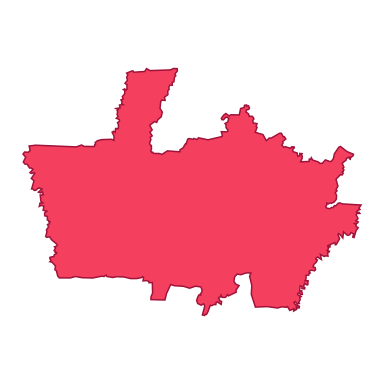 Kota Depok, Jawa Barat, Indonesia (orthographic projection)
{"feature_id": "22746128B73481124779947", "entity_name": "Kota Depok", "entity_type": "district", "adm_level": 2, "iso_a3": "IDN", "parent_name": "Indonesia", "parent_adm1": "Jawa Barat", "projection": "orthographic", "projection_center": [106.827, -6.388], "detail": "fine", "context": "isolated", "style": "filled", "palette": "rose", "viewbox_px": 384, "rotation_deg": 0, "n_neighbors": 0, "source": "geoboundaries", "source_scale": "gbopen_adm2", "svg_char_len": 6009}
<svg xmlns="http://www.w3.org/2000/svg" viewBox="0 0 384 384"><path d="M361.0,205.0L342.4,203.9L339.8,202.9L338.4,203.1L335.6,205.9L334.4,205.6L333.2,207.6L331.6,207.4L329.9,208.7L326.7,208.1L325.6,206.4L326.9,204.9L326.8,203.1L328.4,203.9L330.2,202.9L331.5,203.3L334.1,202.1L336.3,199.3L336.6,195.6L335.3,192.6L337.0,190.9L336.0,189.7L337.9,186.2L336.0,179.2L340.3,174.8L342.2,174.9L343.2,173.2L342.1,171.9L343.3,171.3L343.9,169.7L342.7,168.6L343.9,167.2L342.2,163.2L346.0,160.2L346.4,158.4L349.4,157.1L349.5,158.8L350.3,159.2L350.6,157.6L353.0,155.9L353.5,154.3L346.9,151.5L340.5,146.5L338.8,147.2L334.4,153.8L333.4,158.6L331.4,161.2L330.1,161.6L325.4,159.9L322.4,163.2L320.0,163.4L318.2,161.9L312.6,160.0L311.3,157.7L310.6,159.3L309.3,159.1L309.0,161.5L300.6,161.8L302.1,158.4L302.3,156.2L301.4,155.0L302.1,153.7L299.8,153.4L299.6,155.8L297.8,156.3L297.1,152.9L293.3,151.8L292.6,150.5L293.3,148.3L294.3,147.9L294.1,146.9L291.7,146.8L290.4,148.3L285.4,146.7L283.8,147.3L281.8,145.2L283.1,143.0L282.7,141.6L285.8,139.0L284.3,136.7L283.3,136.8L281.3,133.2L279.5,133.3L271.2,138.1L269.4,138.0L266.3,140.7L263.0,134.6L255.2,132.3L257.1,127.3L256.1,126.5L257.0,123.6L253.3,123.0L252.7,120.5L253.8,119.2L253.6,117.9L252.2,116.3L249.2,116.3L248.5,113.8L245.9,112.0L246.6,109.9L248.7,109.4L249.5,108.1L248.5,105.8L246.6,106.1L246.6,105.0L244.5,105.3L244.0,107.6L240.6,108.5L239.3,114.9L230.7,114.8L229.2,115.9L225.8,113.5L223.8,115.0L221.3,118.3L221.8,119.6L223.5,119.8L225.9,117.1L228.8,118.1L227.7,122.1L225.0,123.5L226.0,124.9L226.0,127.6L228.0,130.4L227.7,131.5L226.5,131.8L221.3,131.7L222.4,135.9L221.3,136.7L208.0,139.8L198.5,137.8L197.1,139.5L193.8,138.5L193.1,139.3L188.9,138.5L187.7,139.2L186.2,143.8L185.5,143.7L183.1,147.8L180.0,149.8L179.9,151.8L167.3,150.9L162.0,154.4L159.2,153.5L153.4,153.4L152.8,152.2L151.9,152.4L150.7,150.9L151.5,149.2L151.4,145.5L149.9,144.6L149.6,143.0L150.9,139.7L150.3,137.1L152.2,135.9L149.9,132.2L152.2,129.9L149.7,125.3L154.5,121.6L156.7,122.4L157.9,119.7L161.2,116.8L162.3,112.1L160.0,108.4L160.8,101.3L161.7,100.2L165.1,100.4L164.5,97.2L167.9,94.6L167.8,90.8L169.1,89.5L168.9,86.9L169.9,85.1L172.3,85.2L172.2,82.5L173.9,81.8L174.5,77.1L175.8,75.8L175.0,74.0L177.4,70.9L177.2,68.6L173.4,68.5L170.5,69.9L150.1,70.6L146.5,68.6L144.7,71.5L133.7,72.2L133.0,70.9L131.8,71.0L126.6,73.1L127.8,74.5L126.7,77.5L127.5,80.2L125.0,83.3L127.0,84.9L126.9,89.4L126.1,90.0L124.7,88.9L123.4,89.6L124.8,90.4L124.7,93.8L122.3,96.6L123.2,98.9L120.9,100.0L122.0,101.4L121.7,104.0L122.8,104.6L119.5,105.0L120.1,107.9L116.1,108.5L118.2,109.6L117.1,110.4L117.7,112.0L117.0,114.3L118.1,116.3L116.3,118.3L119.3,119.5L119.5,121.2L117.5,122.6L118.5,124.9L118.2,128.7L115.6,128.5L115.2,132.4L113.6,131.2L112.1,132.2L114.0,136.1L113.9,140.4L111.5,139.3L101.7,139.6L97.5,140.7L95.2,142.5L95.5,144.4L94.7,144.8L94.4,146.5L84.1,146.4L81.5,145.0L76.3,146.9L35.6,145.2L29.1,146.0L30.1,150.5L28.3,152.3L24.6,152.0L23.0,154.1L25.7,157.2L23.3,162.0L24.8,164.0L27.2,164.3L29.5,168.0L31.3,168.1L33.0,169.3L29.9,172.7L31.6,173.5L33.7,172.6L34.8,173.1L31.3,178.5L34.0,180.8L31.6,188.9L32.7,188.8L34.1,190.4L35.8,190.3L38.5,187.9L42.0,189.0L38.4,192.1L40.6,192.9L42.4,191.7L43.2,194.8L40.2,195.0L40.9,201.2L42.8,202.9L40.0,203.1L39.3,206.4L41.3,205.4L43.9,206.3L43.1,210.3L46.8,211.2L44.6,213.0L44.7,215.8L47.4,216.4L47.3,220.0L48.6,220.3L48.7,221.8L49.9,221.8L49.3,223.8L47.5,224.5L48.6,226.8L46.4,229.9L46.9,231.8L45.7,236.6L46.7,237.3L49.6,236.8L51.5,239.7L57.3,244.6L56.9,245.9L54.5,246.8L55.5,247.8L54.1,250.7L55.2,251.3L55.2,252.4L56.6,252.6L56.5,253.5L54.3,254.7L53.7,256.6L50.1,257.2L49.7,258.2L51.0,260.6L49.9,261.7L52.0,262.1L55.5,266.0L54.9,269.8L56.3,270.5L57.7,276.0L59.3,277.9L70.4,277.9L75.6,276.5L81.9,277.7L92.7,278.0L101.8,276.2L104.0,276.5L106.0,275.1L106.9,276.5L112.9,277.5L116.5,276.7L124.0,277.0L130.7,278.6L136.4,278.6L141.6,277.6L142.5,276.6L143.6,277.6L143.0,280.9L146.6,280.6L148.9,281.4L149.0,282.8L152.3,282.5L152.6,293.1L151.1,296.5L150.9,299.6L164.9,300.0L166.5,293.6L170.7,284.5L174.3,285.7L183.5,286.3L189.6,288.2L195.4,286.2L200.8,286.9L202.0,289.8L201.8,292.2L200.3,293.9L200.7,295.1L199.0,294.9L198.1,296.3L196.6,300.4L197.7,303.5L201.2,305.2L203.4,303.8L204.1,304.6L204.7,306.2L202.4,315.0L204.7,315.5L205.2,314.3L206.5,314.4L207.9,311.8L210.3,305.3L211.7,305.7L214.2,304.4L215.8,304.7L216.2,302.3L217.0,301.8L221.2,304.4L221.6,301.4L219.3,300.7L219.5,299.2L218.5,298.3L219.0,297.2L220.6,296.9L221.1,295.2L222.1,297.3L224.3,297.5L226.0,296.9L227.4,294.7L228.4,295.9L236.2,292.2L236.0,290.1L239.1,285.6L235.9,284.2L233.9,281.4L234.6,276.9L237.1,274.1L240.9,274.7L246.2,272.9L250.9,273.0L249.6,276.2L251.8,285.5L251.3,294.3L255.4,307.1L267.1,306.6L277.6,308.0L281.8,306.8L286.5,307.3L287.6,306.6L289.7,310.4L294.0,308.9L293.7,311.0L296.6,309.4L296.4,306.9L297.9,308.0L299.3,307.8L299.4,306.3L295.2,304.5L294.0,302.5L295.3,301.6L297.4,303.9L299.3,303.5L298.7,302.5L300.2,299.4L299.7,297.5L301.1,296.6L297.7,294.7L297.6,293.7L299.2,292.5L300.6,294.6L302.4,294.4L301.7,290.8L299.6,291.0L300.1,285.9L302.0,286.4L301.9,288.6L304.6,289.0L304.9,287.8L303.6,286.8L304.5,283.4L307.1,285.0L307.8,284.6L308.1,280.7L305.0,280.8L306.0,279.0L306.1,275.2L308.7,275.2L309.1,273.5L310.2,273.0L309.2,271.8L309.7,270.8L311.7,270.2L314.5,270.8L315.6,269.6L315.1,267.5L313.0,266.8L314.0,264.3L316.2,262.3L317.4,260.0L315.8,259.3L315.9,258.4L317.5,257.0L321.4,259.5L320.4,254.4L324.3,256.5L325.8,255.8L328.0,256.2L327.6,252.2L328.9,252.2L329.4,251.2L327.2,250.4L328.5,248.6L327.7,245.7L328.7,245.4L329.0,246.9L329.9,247.1L330.2,244.5L334.9,242.7L335.3,244.8L336.3,244.5L339.6,238.7L338.1,234.9L338.4,233.7L340.2,234.7L342.8,238.0L343.6,231.9L347.3,235.3L349.8,234.8L351.0,232.5L353.7,234.0L352.7,237.1L354.0,237.6L356.1,230.6L358.2,227.7L356.0,226.4L356.2,224.7L354.6,223.6L357.6,223.0L358.2,221.9L355.9,220.7L358.0,218.7L356.1,214.6L357.0,213.5L359.8,213.4L359.0,212.3L357.1,212.7L356.4,212.0L357.7,210.4L360.0,209.5L359.0,208.1L361.0,205.0Z" fill="#f43f5e" stroke="#9f1239" stroke-width="1.5"/></svg>